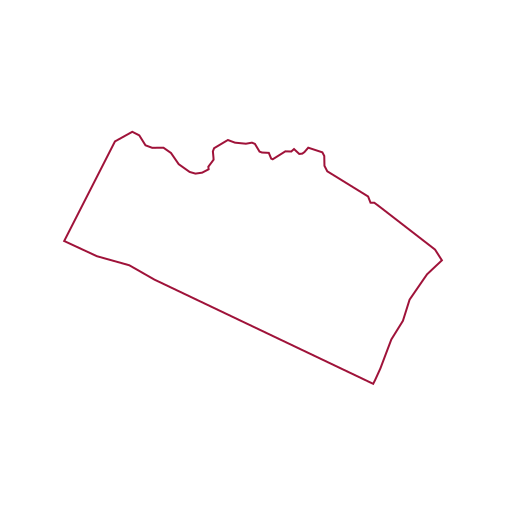 the district of Alaili Dadda, Obock, Djibouti, rotated 61°
{"feature_id": "41766387B98599288227121", "entity_name": "Alaili Dadda", "entity_type": "district", "adm_level": 2, "iso_a3": "DJI", "parent_name": "Djibouti", "parent_adm1": "Obock", "projection": "albers", "projection_center": [42.912, 12.453], "detail": "fine", "context": "isolated", "style": "outline", "palette": "rose", "viewbox_px": 512, "rotation_deg": 61, "n_neighbors": 0, "source": "geoboundaries", "source_scale": "gbopen_adm2", "svg_char_len": 880}
<svg xmlns="http://www.w3.org/2000/svg" viewBox="0 0 512 512"><g transform="rotate(61 256 256)"><path d="M424.6,215.5L422.4,212.2L414.7,201.8L401.2,185.9L394.6,178.1L383.9,158.9L368.6,142.8L357.3,120.1L354.9,115.2L349.9,95.5L337.2,96.3L273.0,123.9L266.8,126.7L264.9,130.0L258.3,129.1L217.7,151.9L216.5,152.6L210.3,152.4L201.6,147.8L197.5,147.7L186.6,157.8L188.6,163.3L188.9,165.9L187.7,168.7L180.9,170.9L181.7,174.5L178.7,179.6L179.5,194.5L178.2,195.5L172.0,194.8L168.4,200.6L166.4,202.3L157.4,202.6L154.9,204.6L152.9,210.4L146.7,219.4L140.9,224.4L141.4,240.4L143.6,243.0L149.1,245.4L151.2,246.4L154.8,254.4L157.2,255.4L157.0,262.7L154.6,269.0L150.3,273.3L138.2,279.1L124.7,280.4L116.5,284.4L111.8,292.9L111.1,294.3L105.6,299.0L93.9,299.6L87.4,304.0L87.4,323.8L149.9,416.5L179.0,395.3L202.7,371.3L227.4,356.3L424.6,215.5Z" fill="none" stroke="#9f1239" stroke-width="2"/></g></svg>